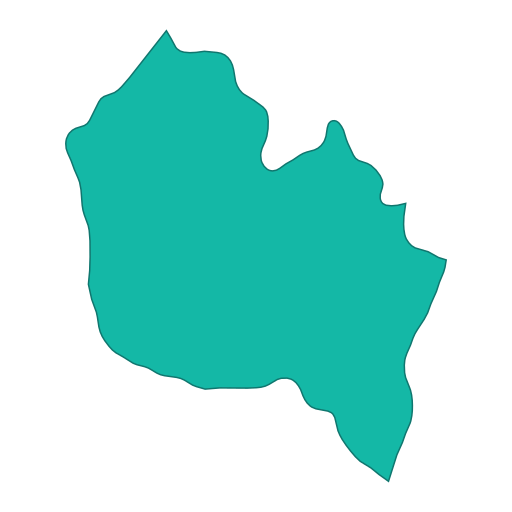 the district of Los Hidalgos, Puerto Plata, Dominican Republic
{"feature_id": "3306468B64768612261884", "entity_name": "Los Hidalgos", "entity_type": "district", "adm_level": 2, "iso_a3": "DOM", "parent_name": "Dominican Republic", "parent_adm1": "Puerto Plata", "projection": "equal_earth", "projection_center": [-70.999, 19.734], "detail": "fine", "context": "isolated", "style": "filled", "palette": "teal", "viewbox_px": 512, "rotation_deg": 0, "n_neighbors": 0, "source": "geoboundaries", "source_scale": "gbopen_adm2", "svg_char_len": 2713}
<svg xmlns="http://www.w3.org/2000/svg" viewBox="0 0 512 512"><path d="M446.2,259.9L438.5,257.5L428.3,251.8L415.1,247.9L411.6,245.7L408.7,242.7L406.3,239.0L405.4,236.8L404.7,234.4L403.9,229.4L403.6,224.2L403.9,216.3L405.7,203.4L397.5,205.3L391.4,205.8L385.9,205.2L382.7,203.5L381.5,202.0L380.6,200.1L380.2,198.1L380.3,194.2L382.3,187.7L382.9,184.1L382.6,181.9L382.0,179.7L380.1,175.7L376.0,170.1L371.0,165.5L367.4,163.5L358.5,160.5L355.5,158.3L353.3,155.0L347.8,143.3L346.2,139.1L343.5,130.2L341.5,126.4L339.2,123.3L337.7,122.0L336.2,121.1L334.4,120.7L332.6,120.8L330.9,121.4L329.5,122.6L328.4,124.2L327.3,127.9L326.0,136.3L324.6,140.4L323.6,142.3L321.1,145.6L318.0,148.2L314.4,150.0L306.7,152.1L303.0,153.5L299.6,155.4L293.0,159.9L285.9,163.9L279.7,168.4L276.4,170.2L272.6,170.9L270.7,170.7L268.7,170.1L267.0,169.1L264.1,166.3L261.9,162.5L261.2,160.3L260.7,155.4L260.9,152.9L262.0,148.5L265.4,140.7L266.8,136.3L268.0,128.8L268.2,121.2L267.8,116.4L266.6,111.9L265.6,110.0L262.9,107.0L253.8,100.3L243.7,94.1L242.1,92.8L239.4,89.7L237.2,85.9L235.6,81.6L233.6,69.7L232.4,65.1L230.5,61.0L227.9,57.6L224.8,55.0L221.0,53.3L217.0,52.5L204.4,51.3L196.1,52.4L189.9,52.7L184.0,52.2L180.3,51.1L177.1,48.9L175.8,47.4L170.9,38.3L166.4,30.7L157.9,41.5L129.7,77.4L121.6,86.8L118.2,90.0L114.5,92.6L104.0,96.5L101.0,98.7L98.8,101.9L89.6,120.4L87.3,123.6L84.3,125.6L75.8,128.3L72.4,130.2L69.5,133.0L68.3,134.7L66.5,138.7L66.0,141.1L65.8,143.6L66.2,148.5L67.6,152.7L71.1,160.6L74.4,169.6L78.0,177.9L79.6,182.2L81.0,189.7L82.2,205.2L83.0,210.2L84.3,214.8L88.2,225.5L89.2,230.4L90.0,240.9L90.1,257.0L89.7,270.5L88.4,284.3L91.7,299.3L96.4,312.2L97.4,317.0L98.9,326.9L100.2,331.8L102.2,336.4L104.8,340.7L109.2,346.5L112.4,350.0L115.9,352.8L123.1,356.9L133.1,363.2L136.9,364.7L144.7,366.7L148.5,368.1L156.9,373.1L160.5,374.7L164.5,375.7L176.6,377.4L180.6,378.4L184.2,380.0L192.6,385.1L196.4,386.6L205.1,389.1L219.8,387.9L247.4,388.1L256.5,387.7L261.0,387.2L265.3,386.1L269.0,384.4L277.2,379.5L281.1,378.3L287.0,378.1L290.9,379.1L292.7,380.0L295.9,382.5L298.5,385.8L300.6,389.5L303.0,395.8L304.9,399.7L307.3,403.2L310.2,406.0L311.8,407.1L315.9,408.8L327.9,411.1L331.4,412.7L332.9,414.1L334.8,417.5L338.0,430.8L339.9,435.2L342.2,439.4L346.3,445.5L350.7,451.2L355.4,456.7L360.3,461.4L370.9,467.9L379.0,474.5L388.5,481.3L396.9,454.8L402.4,442.5L405.6,433.4L410.1,423.1L410.8,420.9L411.8,415.8L412.3,410.7L412.4,405.5L412.2,400.3L411.6,395.1L410.5,390.2L409.7,388.0L405.6,377.6L404.6,372.7L404.3,365.1L404.8,360.0L405.4,357.5L406.9,353.2L410.5,345.1L412.9,338.3L414.9,333.8L417.4,329.6L424.1,319.4L427.6,312.9L430.9,303.8L436.4,291.5L439.4,282.3L443.7,271.9L445.0,267.3L446.2,259.9Z" fill="#14b8a6" stroke="#0f766e" stroke-width="1.5"/></svg>